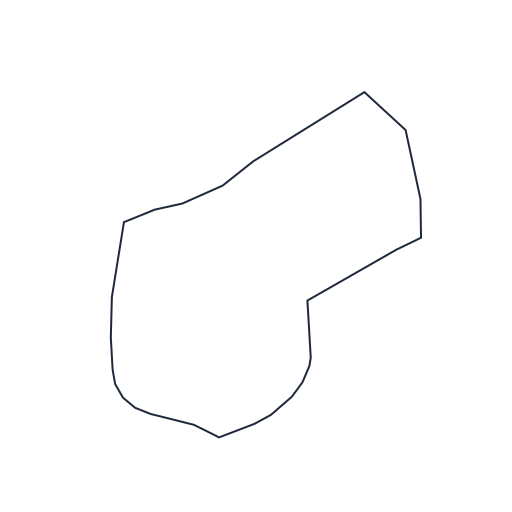 map outline of Orhon (Albers equal-area conic projection), rotated 132°
{"feature_id": "MNG-3324", "entity_name": "Orhon", "entity_type": "Municipality", "adm_level": 1, "iso_a3": "MNG", "parent_name": "Mongolia", "parent_adm1": "", "projection": "albers", "projection_center": [104.363, 49.015], "detail": "fine", "context": "isolated", "style": "outline", "palette": "slate", "viewbox_px": 512, "rotation_deg": 132, "n_neighbors": 0, "source": "natural_earth", "source_scale": "10m", "svg_char_len": 488}
<svg xmlns="http://www.w3.org/2000/svg" viewBox="0 0 512 512"><g transform="rotate(132 256 256)"><path d="M415.5,162.1L423.0,189.2L444.0,228.8L449.7,244.3L450.3,260.0L445.4,275.0L436.5,286.4L413.9,309.2L383.0,335.6L319.2,376.8L289.2,362.2L266.4,345.9L226.0,327.9L187.4,321.4L61.7,285.1L62.3,229.1L103.6,171.9L132.0,145.6L157.3,155.9L254.7,188.0L294.9,147.3L302.1,142.7L318.7,137.0L336.5,135.2L364.0,138.6L381.7,144.8L415.5,162.1Z" fill="none" stroke="#1e293b" stroke-width="2"/></g></svg>